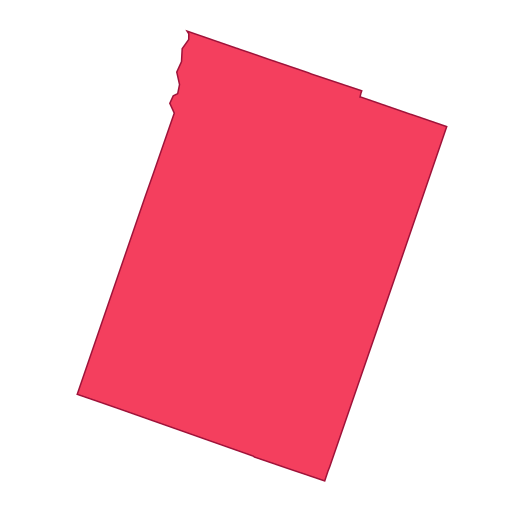 the district of Butte, South Dakota, United States of America, rotated 109°
{"feature_id": "52423323B65775953341518", "entity_name": "Butte", "entity_type": "district", "adm_level": 2, "iso_a3": "USA", "parent_name": "United States of America", "parent_adm1": "South Dakota", "projection": "robinson", "projection_center": [-103.763, 44.892], "detail": "fine", "context": "isolated", "style": "filled", "palette": "rose", "viewbox_px": 512, "rotation_deg": 109, "n_neighbors": 0, "source": "geoboundaries", "source_scale": "gbopen_adm2", "svg_char_len": 595}
<svg xmlns="http://www.w3.org/2000/svg" viewBox="0 0 512 512"><g transform="rotate(109 256 256)"><path d="M65.8,394.4L67.8,391.9L73.2,390.1L84.0,393.3L96.5,389.7L107.9,390.8L118.8,384.1L128.0,382.9L131.5,386.4L139.7,387.2L147.5,379.8L210.7,379.9L235.4,380.1L445.0,380.0L445.0,342.6L446.1,193.7L446.6,191.8L446.5,154.8L446.3,117.8L435.8,117.9L431.3,117.7L236.9,117.6L71.6,117.8L71.6,155.3L71.7,155.7L71.6,208.5L71.8,209.4L68.0,209.8L65.4,209.8L65.9,262.8L65.7,266.3L65.9,309.0L65.8,328.3L65.9,338.4L65.8,341.2L65.9,342.3L65.8,394.4Z" fill="#f43f5e" stroke="#9f1239" stroke-width="1.5"/></g></svg>